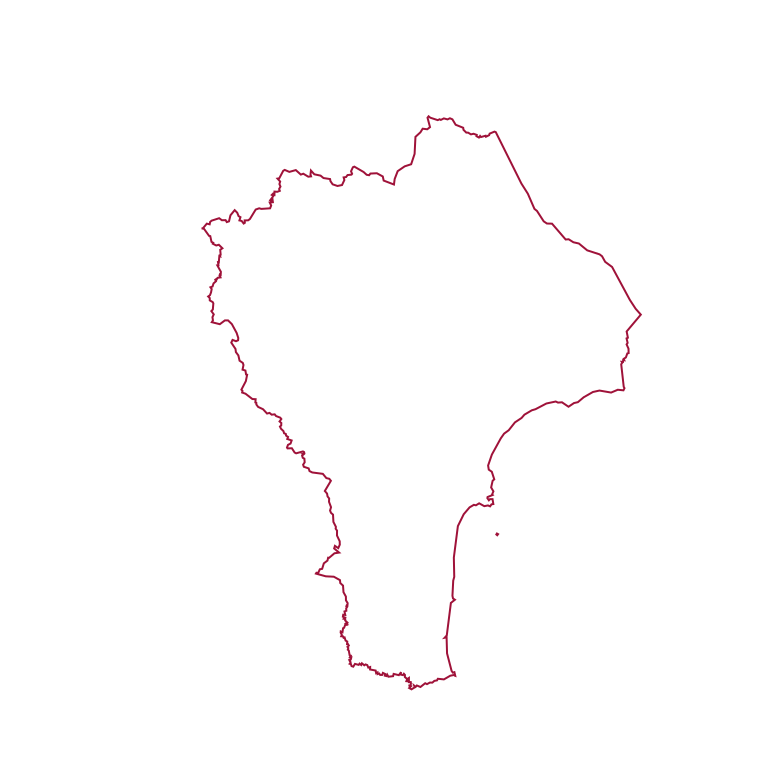 outline of Santa Elena, Santa Elena, Ecuador, rotated 201°
{"feature_id": "8360857B94997360470933", "entity_name": "Santa Elena", "entity_type": "district", "adm_level": 2, "iso_a3": "ECU", "parent_name": "Ecuador", "parent_adm1": "Santa Elena", "projection": "orthographic", "projection_center": [-80.568, -2.087], "detail": "fine", "context": "isolated", "style": "outline", "palette": "rose", "viewbox_px": 768, "rotation_deg": 201, "n_neighbors": 0, "source": "geoboundaries", "source_scale": "gbopen_adm2", "svg_char_len": 6167}
<svg xmlns="http://www.w3.org/2000/svg" viewBox="0 0 768 768"><g transform="rotate(201 384 384)"><path d="M571.3,390.2L567.9,388.0L568.1,384.9L566.5,382.1L566.9,380.0L558.7,381.0L555.3,386.4L552.4,387.5L547.5,385.4L539.9,378.9L536.5,374.7L535.9,372.5L537.5,370.9L541.2,370.9L541.4,367.9L535.2,363.5L533.7,360.7L530.2,358.5L527.2,354.0L523.4,353.1L522.0,351.4L521.2,346.7L518.2,346.9L516.2,343.5L515.1,343.6L514.0,337.2L515.1,327.6L513.6,326.8L513.4,325.2L509.8,325.3L501.5,322.8L498.4,323.8L497.5,320.7L496.5,320.7L495.8,319.1L493.3,317.5L487.9,317.1L482.6,314.5L480.5,316.0L477.9,315.1L475.2,316.5L473.3,315.4L468.8,315.4L467.3,314.5L468.1,311.6L465.9,310.8L465.1,308.4L465.9,307.0L464.1,305.3L461.0,304.0L459.6,302.2L457.8,302.2L456.9,300.7L454.6,300.2L454.6,298.0L450.0,298.2L449.9,294.9L451.8,292.8L451.8,289.9L451.0,289.3L447.0,291.0L442.9,288.0L441.2,287.8L435.5,292.0L434.2,291.8L433.5,290.7L434.9,289.6L433.9,289.4L434.8,287.8L433.4,286.0L431.6,285.8L430.0,282.5L430.6,279.7L429.2,278.0L424.1,278.2L422.3,276.0L419.3,275.7L408.9,278.2L404.1,275.5L401.1,275.9L398.9,274.6L400.9,262.9L397.9,261.3L396.4,258.8L394.2,257.5L393.1,254.3L389.3,250.0L389.0,246.5L387.3,244.7L384.8,243.8L381.8,237.1L377.7,233.4L377.3,231.6L375.3,230.3L373.6,225.7L369.0,221.3L367.7,218.2L367.9,214.4L371.8,215.3L371.6,212.6L365.5,210.5L369.6,208.2L373.0,202.0L373.9,201.8L373.5,198.9L375.9,195.0L375.5,189.3L377.5,188.0L377.7,184.1L379.4,183.6L379.6,182.6L369.4,183.6L361.8,186.1L354.8,185.1L353.5,182.5L350.0,181.1L347.2,175.1L343.4,171.9L342.0,168.4L339.4,166.4L338.7,163.9L339.5,163.9L339.5,162.9L338.6,162.4L338.9,161.0L337.9,158.8L339.4,157.5L337.4,154.5L339.4,154.0L339.0,152.0L336.7,152.0L337.4,150.4L335.9,150.6L335.5,149.3L332.8,148.2L333.6,147.1L332.6,146.8L333.6,146.1L332.7,145.7L333.9,145.0L333.9,142.1L334.7,141.3L333.8,137.4L335.7,137.5L335.4,136.4L333.4,134.6L333.5,133.2L331.9,133.7L330.8,132.6L330.0,133.3L327.9,130.7L326.0,130.4L325.3,128.0L324.6,128.4L323.1,127.2L323.9,125.5L322.7,124.7L322.6,123.0L321.4,122.6L318.9,118.5L317.7,118.5L317.9,116.9L316.6,117.3L316.3,115.4L317.2,114.7L316.5,113.8L317.2,113.6L315.2,111.7L315.7,110.5L314.4,110.5L313.2,109.0L311.4,109.1L310.8,112.3L307.0,112.7L306.6,114.2L304.6,113.5L304.5,115.3L301.6,114.3L300.7,115.6L298.9,115.6L297.0,113.6L295.5,114.8L294.7,112.5L289.1,113.5L287.7,111.2L286.7,112.4L286.0,110.9L284.7,112.0L283.3,111.0L281.4,111.8L281.5,113.9L279.0,113.7L278.7,112.0L277.1,112.2L276.9,113.9L275.0,112.3L270.8,114.5L271.1,116.8L265.8,117.5L264.8,121.1L264.3,118.7L262.0,119.0L261.6,120.6L260.2,119.9L259.5,117.9L256.6,116.9L256.6,114.6L255.5,114.9L256.3,117.2L255.4,118.5L253.9,114.6L252.2,115.3L251.6,114.2L251.1,112.1L253.1,111.4L250.5,111.5L251.5,109.2L248.9,108.8L246.6,111.8L247.7,113.2L245.9,112.6L245.3,114.3L241.4,114.2L238.3,119.4L236.3,119.2L234.2,121.7L231.8,122.6L230.6,124.9L228.3,126.3L228.1,128.1L222.2,129.7L217.6,135.4L214.6,137.3L213.5,137.5L213.3,137.1L212.9,137.1L215.0,140.2L216.3,139.2L218.1,140.4L228.6,155.1L235.1,170.7L235.6,169.4L236.4,168.9L235.3,171.8L243.1,203.6L240.5,208.0L242.7,208.5L244.2,210.8L248.9,225.2L249.3,229.1L256.6,247.0L264.1,277.8L262.9,291.0L259.9,299.5L256.8,303.4L254.7,303.7L252.4,306.7L246.6,305.9L243.4,307.9L241.1,307.8L240.5,310.2L238.9,311.1L241.4,315.4L243.8,314.5L244.4,313.0L246.6,314.5L246.8,315.6L242.8,319.3L243.5,319.6L243.4,323.0L246.9,325.8L247.9,332.6L246.9,334.5L251.9,340.7L255.5,341.6L257.6,345.2L258.0,356.8L255.5,375.1L254.1,380.7L251.0,385.5L248.0,395.1L243.4,401.6L241.9,405.7L236.6,412.4L233.5,414.8L225.4,424.0L217.4,429.2L214.9,429.0L211.3,430.7L203.6,428.9L199.8,434.3L196.5,436.5L192.8,443.2L186.1,451.4L180.5,455.1L168.9,457.4L163.7,462.4L158.2,463.9L158.0,466.3L159.2,467.3L169.6,487.4L169.2,489.4L169.9,489.9L168.8,490.2L169.3,492.1L168.2,492.3L169.2,493.4L167.7,495.5L167.8,499.7L166.7,500.5L168.4,504.6L171.7,507.9L171.3,509.7L173.9,513.5L172.9,514.6L176.3,520.0L169.1,540.8L176.0,544.4L184.6,550.6L213.0,575.0L221.3,577.3L226.2,581.4L229.2,582.3L242.2,581.6L252.4,585.0L258.0,584.2L263.5,585.3L266.2,584.0L284.6,593.9L289.4,592.2L293.2,593.1L303.2,600.4L306.3,601.4L317.9,613.2L327.6,620.4L369.9,659.2L371.3,659.2L375.1,655.6L375.0,654.0L377.4,651.4L378.1,652.2L382.0,649.3L383.2,650.0L383.7,648.1L386.5,648.5L386.7,649.8L390.1,649.7L392.3,648.2L395.5,648.8L397.3,648.2L400.9,649.8L401.9,651.6L410.0,651.7L415.0,655.6L417.7,655.7L419.5,653.8L423.3,653.4L425.6,650.9L426.9,651.1L428.4,649.6L436.2,649.2L438.3,649.9L438.8,648.2L433.1,640.3L434.9,637.3L439.4,636.2L440.2,632.0L443.2,626.0L437.9,609.8L437.4,598.9L442.7,594.6L447.5,587.6L447.5,579.2L446.2,573.8L457.2,573.8L459.5,577.3L466.2,578.2L472.1,575.6L472.7,573.6L475.2,573.1L479.0,574.6L489.6,576.3L490.7,575.2L491.0,570.8L489.1,568.8L489.4,567.8L492.9,566.0L493.6,563.6L495.7,562.4L494.1,560.2L494.5,554.7L498.4,552.2L503.5,552.0L506.7,554.2L507.8,556.0L514.3,554.6L517.9,555.8L524.2,554.8L528.7,557.1L527.7,553.2L526.5,551.7L529.0,550.4L534.7,551.4L536.7,549.7L543.0,552.1L548.4,548.1L553.4,548.3L554.5,546.9L555.5,538.5L557.0,537.6L553.5,535.8L553.3,533.2L551.4,531.2L551.8,528.5L550.5,527.0L552.5,525.2L555.2,524.4L554.2,521.7L555.7,522.1L556.5,520.3L554.6,520.0L556.1,514.7L554.9,514.5L554.3,516.5L552.9,513.9L555.7,512.5L553.3,510.2L553.3,507.2L561.3,503.5L563.5,503.3L566.3,500.9L568.3,490.0L569.5,488.1L572.7,486.8L571.7,484.6L572.5,483.5L575.3,485.2L577.6,484.9L577.8,488.3L579.9,488.6L582.4,491.3L585.7,492.8L587.8,486.5L587.0,480.3L588.8,478.8L590.6,480.2L594.0,478.8L597.3,479.7L603.5,474.7L604.4,473.0L604.0,470.6L606.9,470.2L608.8,464.6L610.0,463.9L607.7,464.4L600.4,459.6L599.2,459.8L596.0,454.9L594.0,454.6L594.1,453.6L590.3,453.2L588.1,454.8L583.5,452.8L585.0,450.6L582.8,446.1L583.5,445.3L582.8,444.5L583.6,444.5L581.8,438.3L582.6,438.2L581.1,435.5L582.1,435.0L576.5,430.3L575.6,427.4L576.5,427.5L576.4,426.2L574.9,424.9L577.4,423.5L577.7,421.5L578.2,421.9L578.9,420.9L577.7,419.7L579.2,416.8L579.0,413.6L580.7,412.1L578.9,410.9L578.3,407.5L578.3,404.5L579.5,402.7L577.5,401.8L576.6,399.6L573.3,399.1L572.2,398.1L570.5,392.2L571.3,390.2ZM225.0,284.9L225.2,283.8L224.1,283.4L223.7,284.7L225.0,284.9Z" fill="none" stroke="#9f1239" stroke-width="2"/></g></svg>